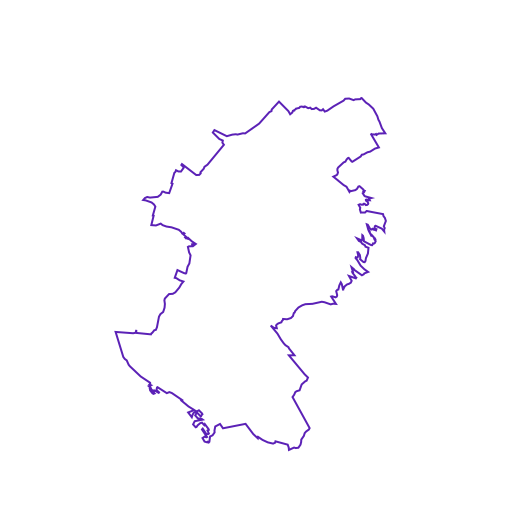 outline of Cungrea, Olt, Romania, rotated 27°
{"feature_id": "2599482B31461522187781", "entity_name": "Cungrea", "entity_type": "district", "adm_level": 2, "iso_a3": "ROU", "parent_name": "Romania", "parent_adm1": "Olt", "projection": "robinson", "projection_center": [24.401, 44.69], "detail": "fine", "context": "isolated", "style": "outline", "palette": "violet", "viewbox_px": 512, "rotation_deg": 27, "n_neighbors": 0, "source": "geoboundaries", "source_scale": "gbopen_adm2", "svg_char_len": 6132}
<svg xmlns="http://www.w3.org/2000/svg" viewBox="0 0 512 512"><g transform="rotate(27 256 256)"><path d="M373.4,413.8L376.9,409.4L378.6,409.1L380.8,407.6L381.3,403.9L380.7,401.3L379.7,399.0L380.3,394.6L379.8,391.7L380.3,389.7L381.9,386.6L381.9,385.0L352.6,365.1L353.0,362.2L352.8,359.6L353.5,358.1L355.8,355.9L355.0,349.7L356.7,345.4L357.7,344.1L357.5,340.7L353.0,339.3L330.4,329.6L335.3,327.0L327.4,323.4L326.3,322.5L322.7,322.1L320.3,321.2L316.0,319.0L310.3,315.4L300.7,311.3L304.6,311.9L307.3,310.9L305.5,308.9L305.5,307.9L306.5,305.9L308.7,303.6L308.6,302.2L309.0,300.9L308.7,299.8L312.4,298.3L315.3,295.4L316.2,292.7L315.6,289.7L316.1,288.8L315.9,287.3L317.2,282.6L319.6,278.9L321.9,276.5L328.0,273.0L335.4,266.9L338.0,266.1L344.5,265.2L346.5,263.4L349.0,262.4L341.4,258.0L342.2,257.3L345.7,256.7L346.4,255.4L346.1,254.0L343.4,250.9L343.8,249.2L344.6,248.5L343.6,244.4L343.5,241.0L345.2,242.1L349.3,247.1L348.8,246.0L348.9,243.8L348.6,243.2L350.1,239.9L351.4,238.7L352.6,236.7L352.5,234.7L347.9,231.6L355.1,230.6L355.2,229.8L354.2,229.7L353.9,229.2L349.7,227.2L349.1,226.7L349.7,226.3L346.2,222.6L349.3,223.3L349.6,223.7L359.1,225.1L360.3,223.4L360.4,222.3L363.1,219.3L358.5,218.6L353.6,217.1L348.2,213.7L345.7,212.7L345.5,212.2L345.5,211.7L346.6,211.7L347.2,211.1L346.8,209.1L344.7,206.6L345.3,206.3L348.1,208.0L349.9,210.5L350.2,211.6L354.5,212.6L355.6,212.2L355.8,210.8L354.9,207.9L354.6,203.0L352.5,197.6L349.3,198.0L348.3,197.0L345.0,196.8L343.0,195.8L340.9,195.9L338.0,194.4L343.2,194.1L343.3,193.4L341.3,189.2L342.1,189.4L343.8,191.2L345.5,193.9L353.7,194.0L354.6,193.6L354.6,191.6L355.4,191.5L356.0,190.3L355.9,188.4L354.3,187.5L354.7,186.9L353.9,186.4L353.6,187.0L351.9,185.5L349.9,185.5L350.1,184.9L349.2,184.6L349.0,185.2L345.9,183.0L346.2,182.7L345.6,182.3L345.3,182.5L344.1,181.6L340.4,177.5L341.4,177.4L345.2,179.9L346.6,180.2L347.1,179.4L347.7,179.3L347.4,179.1L347.6,178.7L351.3,178.7L351.1,177.4L349.1,177.8L348.4,175.5L348.8,174.8L355.7,174.5L359.2,176.0L358.2,174.5L358.0,172.7L356.4,171.5L355.8,165.8L353.6,163.6L351.4,162.5L350.2,161.0L334.1,165.7L333.4,167.8L329.7,169.7L327.4,167.3L327.0,165.7L324.2,163.8L325.2,162.6L327.0,162.3L328.2,161.5L328.1,160.7L328.4,160.4L329.2,160.2L330.7,160.8L331.7,160.2L332.3,158.9L332.1,158.1L330.9,157.1L328.8,156.7L328.4,156.0L329.0,155.4L330.6,155.4L332.1,154.7L330.6,153.6L332.4,152.0L326.1,153.3L325.1,153.1L322.6,151.6L323.3,150.1L323.3,148.8L322.2,149.3L322.1,148.4L321.3,148.0L316.6,146.8L315.7,147.6L315.5,150.4L314.6,152.2L310.9,155.3L309.0,155.0L310.3,155.7L310.2,156.5L305.2,153.2L301.8,153.0L288.9,150.2L291.2,147.2L291.4,146.1L291.1,144.3L289.8,143.0L289.0,141.5L289.0,139.9L291.6,132.8L292.8,131.4L292.9,128.9L293.4,127.1L294.0,126.5L298.4,128.4L299.1,128.3L304.1,119.8L304.3,117.7L305.7,116.7L308.2,113.0L310.3,111.2L313.3,106.2L316.2,103.5L302.7,94.9L304.0,95.0L305.6,94.3L306.8,93.8L307.5,92.8L308.4,93.4L309.7,91.2L315.5,88.0L310.1,84.9L305.0,80.2L303.2,79.0L300.7,76.4L293.6,71.5L287.7,69.8L284.3,69.4L278.4,67.3L277.9,67.8L277.7,68.9L273.3,71.4L272.2,72.8L267.5,73.4L264.1,75.4L263.5,77.8L257.2,87.4L253.5,94.2L251.7,96.1L249.1,94.8L248.5,96.4L246.8,97.2L242.2,96.6L240.9,98.6L238.9,99.8L237.0,99.2L235.4,100.6L231.8,100.5L231.2,100.8L231.3,101.5L230.9,101.8L229.0,102.0L227.6,103.0L227.3,104.4L224.7,106.6L224.7,107.2L223.8,108.7L224.0,109.1L223.0,109.9L223.2,111.7L222.1,114.2L219.1,112.2L206.4,108.0L203.5,118.3L204.0,119.9L202.6,121.7L198.7,136.6L190.7,151.7L188.6,152.6L184.4,156.2L182.7,156.7L179.8,158.6L175.6,162.5L161.8,162.7L161.5,165.6L170.2,168.4L174.0,168.2L174.6,170.3L176.9,171.5L171.3,196.7L169.6,199.9L169.8,202.0L168.5,206.6L169.2,207.5L168.6,209.5L166.0,211.0L148.3,207.7L148.2,208.8L151.1,209.7L151.5,210.2L150.8,214.8L148.5,215.9L145.8,215.9L146.0,217.7L145.5,219.0L147.6,229.5L148.8,229.5L150.1,239.4L146.7,240.6L144.2,240.7L143.3,241.2L143.2,244.6L141.6,247.9L135.0,252.1L132.3,252.8L130.7,254.8L130.1,257.3L132.6,256.5L138.7,255.7L141.7,256.4L143.9,257.7L145.7,266.8L146.5,266.6L148.7,276.0L153.0,274.2L156.4,270.4L158.8,270.9L162.8,270.4L167.7,268.8L175.3,267.7L178.3,268.4L180.2,269.5L181.0,269.5L181.1,269.1L180.8,269.0L181.1,268.2L181.9,268.4L181.1,269.6L185.5,270.8L184.7,271.7L185.6,272.0L185.9,271.2L185.6,270.9L186.7,270.9L186.7,271.6L187.6,271.6L187.6,270.8L192.3,272.1L196.9,272.6L196.0,274.5L194.6,274.3L193.8,274.7L194.4,275.4L195.1,274.9L194.9,274.6L195.9,274.7L195.3,276.0L191.9,277.8L191.2,278.8L194.8,283.2L197.4,285.1L200.0,292.9L199.9,296.7L201.6,302.9L201.4,303.5L199.8,303.9L192.4,304.2L193.5,312.3L195.1,311.9L199.1,312.3L202.9,311.7L202.2,314.8L202.0,318.9L200.6,325.0L199.0,327.5L195.8,329.4L194.1,335.3L194.5,337.1L196.6,340.1L198.0,343.6L198.7,348.0L197.2,351.2L197.1,354.1L200.1,364.5L200.3,367.3L199.1,368.3L198.4,371.7L198.0,372.2L198.0,373.5L184.2,378.9L182.9,376.2L183.6,379.0L181.6,380.6L165.4,387.4L183.6,406.2L185.8,407.3L188.2,407.7L191.9,410.7L193.7,411.5L208.0,415.7L219.2,417.0L219.7,417.8L219.4,418.8L221.1,418.8L219.6,420.6L221.1,420.9L221.2,421.9L222.7,423.8L226.0,425.3L227.2,425.4L227.9,424.6L223.4,423.6L222.6,422.9L222.9,422.5L222.8,421.9L223.7,422.6L225.5,422.7L226.4,422.7L226.1,422.1L226.4,421.9L231.4,422.1L231.5,421.5L228.2,420.6L227.5,418.1L227.8,417.6L238.8,418.7L240.6,416.6L243.2,416.3L255.6,417.9L255.2,418.7L264.1,420.7L270.9,421.3L266.6,426.2L272.0,428.8L271.6,426.4L271.6,424.3L273.0,421.6L274.2,420.8L275.2,419.4L279.2,420.7L280.1,421.3L279.5,423.5L280.3,424.3L274.3,422.2L274.2,425.6L277.8,427.1L281.4,425.8L282.8,426.0L276.4,431.0L276.4,434.6L280.0,436.0L280.6,435.4L280.9,433.3L282.2,430.3L283.5,429.0L286.7,430.2L286.7,429.0L292.4,431.8L292.9,432.3L292.0,433.5L294.6,435.6L294.3,436.3L293.3,436.9L292.6,437.2L286.9,434.0L286.6,435.1L294.5,439.5L294.0,440.1L292.2,440.3L291.0,442.5L294.4,444.7L297.1,444.2L297.3,443.3L297.6,443.2L298.2,443.5L298.3,444.5L298.8,442.7L297.0,437.7L298.7,435.5L299.2,432.0L298.2,430.3L297.1,426.4L300.2,422.0L304.8,424.5L322.9,410.3L334.4,415.9L340.3,417.6L340.0,416.8L338.9,416.1L345.3,416.9L351.1,416.7L356.4,415.4L357.8,413.6L357.5,412.3L369.9,409.7L372.1,411.8L373.4,413.8Z" fill="none" stroke="#5b21b6" stroke-width="2"/></g></svg>